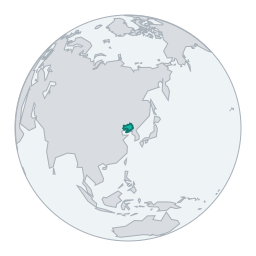 globe centered on Liaoning
{"feature_id": "CHN-1813", "entity_name": "Liaoning", "entity_type": "Province", "adm_level": 1, "iso_a3": "CHN", "parent_name": "China", "parent_adm1": "", "projection": "orthographic", "projection_center": [122.279, 41.097], "detail": "fine", "context": "on_globe", "style": "filled", "palette": "teal", "viewbox_px": 256, "rotation_deg": 0, "n_neighbors": 0, "source": "natural_earth", "source_scale": "10m", "svg_char_len": 13814}
<svg xmlns="http://www.w3.org/2000/svg" viewBox="0 0 256 256"><circle cx="128" cy="128" r="113" fill="#eef3f6" stroke="#a8b0b8"/><path d="M219.5,189.5L219.4,189.9L219.3,190.1L219.5,189.5ZM209.9,50.7L209.4,50.3L210.5,52.0L206.9,50.7L197.1,45.4L197.4,44.4L195.0,43.5L194.5,44.8L194.7,46.0L185.8,46.7L182.8,53.5L185.6,57.8L182.0,55.4L189.9,65.3L190.7,71.6L187.5,63.2L185.4,61.5L184.8,65.0L182.5,64.0L180.9,65.2L178.2,63.7L176.5,59.2L174.7,58.3L174.4,60.9L171.5,61.3L172.3,57.6L167.3,58.0L163.6,51.2L167.8,43.6L163.5,39.7L161.7,31.8L159.6,31.8L157.6,29.1L154.4,28.2L155.0,27.3L151.9,27.5L152.0,28.5L150.7,29.0L148.8,28.7L149.2,27.3L150.2,27.3L149.4,26.7L150.4,26.2L148.8,26.3L149.6,24.8L146.1,25.8L144.3,24.2L145.6,23.4L149.1,24.1L160.6,24.9L162.9,24.8L162.7,23.6L154.7,19.9L155.8,19.6L154.7,18.9L152.4,18.5L152.5,19.1L148.0,18.5L148.7,19.5L147.0,19.6L146.2,20.6L142.5,19.8L139.2,18.7L139.6,17.9L138.2,17.4L134.7,17.9L132.4,16.4L125.7,15.7L130.9,15.4L138.9,15.9L142.8,16.3L151.2,17.8L159.5,19.9L167.6,22.6L175.5,25.9L183.1,29.8L190.4,34.2L197.3,39.2L203.8,44.7L209.9,50.7ZM140.0,16.0L137.4,15.8L137.3,15.7L140.0,16.0ZM233.5,110.2L232.6,108.4L233.4,108.3L233.5,110.2ZM231.9,108.2L232.2,108.6L231.9,108.5L231.9,108.2ZM231.6,108.7L231.8,108.4L231.6,109.0L231.6,108.7ZM231.2,109.6L231.4,109.0L231.2,109.6ZM230.3,110.3L230.1,110.5L230.1,109.7L230.3,110.3ZM195.2,46.7L194.7,45.0L196.1,44.3L196.7,45.8L195.2,46.7ZM192.3,48.5L191.5,47.3L194.2,48.0L193.9,48.5L192.3,48.5ZM188.1,61.3L188.2,59.4L188.9,61.6L188.1,61.3ZM181.1,65.6L181.8,66.5L180.7,66.7L181.1,65.6ZM148.3,21.0L147.3,20.8L148.0,20.7L148.3,21.0ZM149.0,21.7L150.5,21.7L151.1,22.0L150.1,22.0L149.0,21.7ZM175.5,64.9L173.5,65.2L175.3,64.1L175.5,64.9ZM147.0,21.6L151.8,22.7L152.7,23.3L149.8,23.8L147.0,21.6ZM172.1,64.8L167.1,65.8L168.3,67.8L162.2,63.0L168.4,63.6L170.5,61.8L170.5,63.7L172.1,64.8ZM152.8,29.0L152.7,27.9L154.6,29.2L152.8,29.0ZM154.4,29.8L162.0,33.7L161.3,35.4L158.9,33.7L159.4,36.4L155.3,35.3L154.1,33.5L155.3,32.6L152.8,32.9L154.4,29.8ZM159.6,60.3L158.2,59.9L159.4,59.4L159.6,60.3ZM150.3,29.3L151.9,29.9L151.4,31.4L148.1,30.6L149.3,30.3L150.3,29.3ZM161.5,37.7L160.5,38.8L157.0,38.1L156.1,38.5L155.1,35.4L161.5,37.7ZM148.5,29.8L146.4,30.1L145.0,29.2L148.7,28.9L148.5,29.8ZM152.7,32.1L152.3,32.9L151.4,32.2L152.7,32.1ZM138.6,26.2L140.5,26.6L140.4,27.4L138.6,26.2ZM145.8,30.3L146.3,30.7L146.5,31.1L144.9,31.1L145.8,30.3ZM152.7,35.2L151.4,34.8L152.9,36.5L150.3,36.2L150.1,34.2L149.0,35.0L148.2,34.9L149.0,33.4L152.7,35.2ZM143.8,32.5L142.6,30.1L139.0,29.0L139.0,28.2L144.8,30.1L143.8,32.5ZM146.8,33.1L144.9,32.5L145.8,31.8L147.7,31.7L146.8,33.1ZM148.5,36.8L152.6,37.7L152.5,38.1L148.5,36.8ZM142.5,32.3L142.8,32.8L142.2,32.3L142.5,32.3ZM146.5,35.5L147.9,35.7L147.8,36.2L146.5,35.5ZM142.2,33.9L141.9,33.1L143.1,33.0L142.2,33.9ZM144.0,34.8L143.5,35.4L143.8,33.5L144.7,34.8L144.0,34.8ZM146.1,35.9L146.5,36.3L145.5,35.8L146.1,35.9ZM137.7,34.8L137.8,32.5L140.6,32.2L140.1,34.5L137.7,34.8ZM56.2,41.2L52.1,44.9L45.4,53.7L44.0,55.6L41.2,57.8L33.3,70.6L35.0,70.4L31.5,80.7L31.4,86.0L37.8,81.4L37.9,72.5L41.5,68.0L44.3,72.4L44.8,80.6L46.2,79.2L48.9,71.7L52.1,71.6L50.2,69.1L48.7,71.6L47.5,70.1L48.8,67.8L49.9,67.8L50.6,65.0L45.3,66.2L43.2,68.9L43.3,63.7L39.7,67.7L38.7,67.5L44.2,60.6L46.0,59.3L53.7,50.3L51.8,51.0L44.4,59.8L45.4,58.0L42.7,59.5L45.5,56.9L54.1,47.6L56.2,43.7L53.5,43.7L55.8,41.5L59.5,38.6L60.4,37.9L66.5,34.1L60.6,39.5L62.7,38.6L68.5,34.9L66.2,37.0L67.8,36.3L66.1,38.4L68.0,39.5L66.9,41.7L72.0,40.5L72.1,41.6L69.1,41.9L66.3,43.5L64.1,49.5L64.9,50.2L68.4,49.1L67.3,51.1L71.0,49.2L71.8,52.4L73.9,47.1L78.1,46.0L80.9,47.3L82.7,46.1L78.1,44.1L75.9,44.2L73.4,45.8L67.7,45.9L67.6,44.2L74.9,40.8L75.5,38.3L81.0,37.1L90.1,42.5L91.8,45.9L85.3,53.9L82.4,53.7L83.3,50.5L78.5,54.5L80.8,53.6L79.9,55.4L83.7,55.2L83.3,56.5L87.6,54.2L87.5,55.8L84.7,57.2L90.2,58.6L91.1,61.9L92.5,61.6L93.8,60.4L94.1,65.6L95.2,65.2L95.5,63.3L97.8,61.3L102.0,60.0L101.9,61.9L100.3,62.6L96.9,67.1L92.8,69.0L93.2,69.6L96.7,68.5L100.9,62.9L103.4,61.6L101.9,64.3L102.6,63.2L103.9,63.2L105.0,64.9L106.9,62.1L120.6,60.1L124.1,63.6L121.2,66.0L130.6,67.5L133.8,71.9L134.1,70.1L138.8,69.9L137.9,68.5L138.4,67.6L150.1,67.3L152.7,68.8L158.1,67.2L158.2,66.3L156.6,65.0L162.2,63.0L168.3,67.8L167.6,69.5L171.9,71.6L169.8,75.2L170.0,79.4L165.3,82.5L165.9,85.8L167.5,86.3L169.5,91.3L168.2,100.4L162.2,90.8L162.9,78.0L162.0,82.8L160.1,81.2L158.5,82.6L158.0,86.3L159.3,87.1L147.7,91.0L142.5,100.4L148.0,100.5L150.6,103.7L149.4,115.8L135.9,130.4L139.3,136.0L138.9,139.4L134.8,141.0L135.2,136.1L131.8,133.8L132.6,131.0L126.1,132.3L127.1,128.3L121.6,131.6L122.7,135.1L128.1,135.2L123.0,140.0L127.4,146.4L127.0,153.1L116.4,163.0L107.1,164.6L106.3,166.4L103.1,163.4L98.1,166.2L103.5,178.5L103.0,181.5L95.2,185.3L95.2,183.1L86.6,175.0L84.5,181.6L90.9,189.4L93.1,196.5L87.9,193.0L85.7,186.6L82.7,183.5L84.0,177.7L82.3,167.4L77.0,167.3L77.8,163.6L74.7,153.8L67.4,153.1L55.6,157.7L53.3,166.5L49.5,168.3L46.6,151.6L48.1,141.7L45.3,140.5L43.8,129.0L36.1,119.4L36.6,116.3L34.8,115.4L34.0,109.9L35.3,105.0L34.1,102.9L31.0,116.0L32.5,118.3L35.9,117.3L34.6,121.2L35.6,127.4L29.0,130.5L20.2,123.5L21.9,116.3L28.7,90.8L29.9,89.4L30.1,89.2L30.3,88.7L28.3,90.5L30.3,85.9L23.9,101.7L21.7,107.3L20.0,123.6L19.5,123.9L19.8,128.2L23.7,133.7L23.2,135.7L19.7,141.4L16.6,143.8L17.7,151.0L16.4,142.9L15.6,134.8L15.4,126.7L15.8,118.5L16.7,110.5L18.3,102.5L20.4,94.6L23.1,86.9L26.4,79.4L30.1,72.2L34.4,65.3L39.2,58.7L44.4,52.5L50.1,46.6L56.2,41.2ZM42.6,93.3L44.6,98.4L48.3,92.2L49.4,93.7L50.2,91.1L48.6,91.7L51.3,85.2L53.9,86.2L56.0,84.0L55.4,82.2L50.3,81.5L46.3,90.7L43.9,91.3L42.6,93.3ZM129.0,15.4L125.7,15.5L126.8,15.4L123.9,15.4L129.0,15.4ZM136.1,15.7L133.3,15.5L136.6,15.7L136.1,15.7ZM78.6,31.2L76.5,32.4L75.0,32.5L76.5,30.5L78.6,30.2L78.6,31.2ZM73.9,34.2L80.8,31.8L80.1,33.3L79.3,32.8L78.2,34.0L76.6,33.6L69.3,37.6L67.5,38.0L71.2,33.6L71.0,34.7L73.0,33.3L73.9,34.2ZM99.4,25.5L102.4,25.2L97.2,28.6L95.0,28.6L96.3,26.4L99.7,25.1L99.4,25.5ZM141.0,22.5L142.5,22.6L142.3,22.9L141.0,23.1L141.0,22.5ZM139.5,26.3L134.4,22.7L135.9,22.5L131.2,20.9L133.1,20.0L136.1,21.0L134.1,19.2L137.6,19.7L135.8,18.6L142.2,21.0L145.2,21.6L141.1,21.3L139.2,22.1L139.3,22.6L141.8,24.7L147.4,26.7L146.5,28.1L144.3,28.6L142.8,28.3L143.9,27.4L141.1,27.7L141.6,26.3L139.5,26.3ZM119.4,36.3L121.3,34.9L115.8,36.2L116.3,34.4L115.6,34.6L114.5,33.4L112.0,32.4L112.7,31.6L111.4,31.6L110.6,30.8L109.1,30.6L109.8,29.1L108.0,28.7L109.4,28.3L106.1,28.1L108.9,27.6L108.2,26.7L105.8,27.6L113.6,21.5L114.7,19.7L114.1,18.7L119.0,18.3L122.7,19.2L125.1,21.1L123.4,23.0L125.9,22.7L125.8,23.5L123.9,23.5L126.8,24.1L126.2,24.9L128.4,27.3L133.1,28.1L134.0,29.1L131.9,29.2L134.3,30.2L130.9,31.1L131.5,31.9L128.7,33.7L124.3,33.6L125.3,34.5L123.2,36.1L119.4,36.3ZM136.9,35.3L131.5,35.3L129.0,34.3L134.9,31.6L134.8,30.8L138.4,29.3L141.9,30.7L140.5,31.0L140.0,31.6L139.1,30.9L139.4,32.0L137.6,32.4L137.3,33.4L135.6,33.1L136.9,35.3ZM44.6,55.9L43.9,57.2L43.3,58.7L41.6,59.8L44.6,55.9ZM50.4,49.5L50.0,50.2L47.4,52.3L48.1,51.2L50.4,49.5ZM52.1,49.0L50.2,50.1L51.7,48.9L52.1,49.0ZM69.0,42.6L68.9,43.5L68.1,43.9L67.1,43.9L69.0,42.6ZM103.2,40.9L104.7,40.0L105.2,40.3L109.2,39.5L109.2,41.0L106.8,42.0L103.2,40.9ZM36.6,80.9L35.3,80.6L35.8,79.2L36.2,79.5L36.6,80.9ZM37.6,69.5L36.3,72.8L37.1,69.8L37.6,69.5ZM103.9,42.4L105.5,41.9L104.5,43.0L103.9,42.4ZM109.4,42.1L108.6,43.3L109.7,41.1L109.4,42.1ZM22.6,167.6L22.9,168.4L22.6,166.8L24.8,172.6L25.9,175.7L22.6,167.6ZM121.6,215.0L125.1,215.6L125.0,215.9L121.6,215.0ZM117.9,213.4L121.9,213.9L117.3,214.1L117.9,213.4ZM123.4,214.1L127.5,213.7L129.2,213.3L128.9,214.0L123.4,214.1ZM115.2,213.1L101.0,210.7L95.5,208.5L96.7,207.4L105.6,209.6L115.2,213.1ZM96.2,207.3L87.9,201.2L77.1,185.6L81.0,187.2L92.4,198.1L91.6,199.1L96.7,203.5L96.2,207.3ZM116.8,203.9L116.0,207.4L108.1,205.9L104.5,204.7L102.0,199.4L103.4,197.2L106.3,197.9L118.0,191.0L121.9,193.6L118.3,196.9L121.6,200.6L116.8,203.9ZM53.5,167.6L55.1,174.2L53.1,174.0L53.5,167.6ZM123.0,185.2L118.1,188.6L122.7,183.8L123.0,185.2ZM125.9,180.3L126.0,182.4L124.3,180.2L125.9,180.3ZM105.9,169.4L102.8,169.3L102.9,167.7L106.9,167.0L105.9,169.4ZM126.6,158.7L126.0,163.4L125.2,164.9L124.1,161.9L126.6,158.7ZM106.3,55.9L100.7,55.1L96.6,55.9L94.4,58.3L95.2,54.8L101.4,53.5L106.3,55.9ZM118.9,59.3L120.8,57.4L121.6,58.6L121.2,59.2L118.9,59.3ZM118.9,57.9L118.2,55.0L120.4,54.2L120.5,56.6L118.9,57.9ZM110.8,48.2L109.2,47.8L110.0,46.9L110.8,48.2ZM160.9,235.6L160.6,235.2L165.3,233.9L163.5,234.8L160.9,235.6ZM199.6,215.0L199.9,214.7L199.6,215.0ZM143.1,234.7L121.2,237.2L116.2,236.5L117.2,235.5L112.3,231.0L113.9,231.3L112.5,228.1L125.4,226.3L134.5,220.5L141.9,220.9L147.3,215.9L155.1,215.7L152.9,219.6L161.0,220.9L166.3,212.0L171.5,219.5L177.6,220.5L179.6,223.8L169.6,231.6L163.6,234.0L162.4,234.0L159.9,234.9L156.0,235.6L153.5,234.7L151.1,235.5L153.3,234.0L149.9,235.6L147.7,234.8L143.1,234.7ZM198.4,209.1L199.6,208.6L201.6,208.6L199.6,209.5L198.4,209.1ZM216.5,193.5L217.0,193.5L215.8,194.7L216.5,193.5ZM219.3,190.1L217.8,191.6L219.5,189.5L219.3,190.1ZM204.5,201.7L205.1,201.8L204.6,202.2L204.5,201.7ZM204.0,201.8L204.7,200.6L204.6,201.4L204.0,201.8ZM198.3,200.1L199.0,199.3L199.3,199.6L198.3,200.1ZM130.3,215.9L135.1,213.5L137.8,213.4L130.3,215.9ZM197.2,199.6L195.4,200.2L195.6,199.7L197.2,199.6ZM197.3,198.4L197.1,197.8L198.2,198.9L197.3,198.4ZM193.8,198.2L196.0,198.6L193.5,198.4L193.8,198.2ZM192.5,198.8L190.9,198.8L191.0,198.5L192.5,198.8ZM174.7,204.7L180.7,207.6L176.0,208.6L170.7,207.1L166.7,210.3L157.5,211.1L159.5,209.3L158.2,207.0L148.9,206.7L147.0,205.1L150.3,203.8L144.1,202.7L150.9,201.7L153.6,205.0L157.4,202.0L164.1,201.9L170.7,202.1L176.0,203.5L174.7,204.7ZM151.0,209.1L152.1,209.1L151.1,210.1L151.0,209.1ZM187.8,198.0L190.2,198.8L189.9,199.3L188.8,199.4L187.8,198.0ZM177.2,202.7L182.9,198.6L184.3,198.3L180.5,202.3L177.2,202.7ZM181.5,197.1L184.2,196.8L185.6,198.0L185.1,198.6L181.5,197.1ZM137.3,206.3L137.0,207.3L135.3,206.5L137.3,206.3ZM139.5,205.8L144.7,206.8L139.0,206.6L139.5,205.8ZM123.9,201.6L125.4,204.1L130.1,202.9L126.5,204.8L129.7,208.7L128.7,210.0L125.4,205.8L124.4,209.8L122.3,209.6L121.1,206.0L123.2,201.7L125.3,200.1L133.8,199.8L123.9,201.6ZM139.4,203.0L138.1,200.2L139.1,198.4L140.6,199.9L139.4,203.0ZM134.1,193.3L130.6,189.8L127.3,190.8L134.1,186.5L136.3,190.6L134.1,193.3ZM131.3,185.7L128.2,186.7L131.5,184.1L131.3,185.7ZM127.5,185.4L127.2,183.0L129.6,183.5L127.5,185.4ZM132.9,185.9L133.7,181.8L134.8,184.3L132.9,185.9ZM126.5,177.3L131.5,181.8L124.9,179.5L125.1,171.2L127.9,171.3L126.5,177.3ZM145.7,143.3L145.2,140.7L148.0,140.2L147.5,142.1L145.7,143.3ZM156.4,136.7L148.5,139.2L142.2,141.4L143.9,142.7L142.1,147.0L139.7,142.8L144.5,138.1L149.2,137.3L150.3,133.6L154.1,131.1L153.9,126.4L155.6,124.4L157.3,128.4L156.4,136.7ZM153.6,124.5L154.6,116.2L159.5,117.3L160.4,119.4L157.9,122.6L155.4,121.8L153.6,124.5ZM156.3,114.6L153.9,113.8L150.4,101.7L150.8,99.4L156.1,108.9L154.2,108.7L154.2,111.7L156.3,114.6ZM158.4,60.9L158.2,60.0L159.3,60.8L158.4,60.9ZM137.7,66.9L138.6,65.8L139.8,66.7L137.7,66.9ZM141.6,63.5L139.7,63.3L141.8,62.7L141.6,63.5ZM135.2,63.0L138.9,62.8L135.3,64.1L135.2,63.0Z" fill="#d9dde1" stroke="#a8b0b8" stroke-width="1"/><path d="M133.1,128.4L133.0,128.5L132.9,128.5L132.7,128.7L132.7,128.8L132.4,128.9L132.1,129.0L131.9,129.1L131.8,129.3L131.7,129.4L131.6,129.5L131.4,129.6L131.1,129.9L131.1,130.1L131.0,130.3L130.8,130.5L130.7,130.4L130.7,130.5L130.5,130.4L130.4,130.5L130.2,130.5L130.1,130.4L130.0,130.6L129.9,130.6L129.7,130.7L129.4,130.5L129.5,130.6L129.4,130.6L129.5,130.7L129.4,130.8L129.2,130.8L128.9,130.9L128.8,131.0L128.6,131.1L128.4,131.2L128.3,131.3L128.2,131.3L128.0,131.5L127.9,131.6L127.7,131.8L127.8,131.8L127.6,131.9L127.6,132.0L127.4,132.0L127.5,132.1L127.3,132.0L127.2,132.1L126.9,132.2L127.1,132.3L126.9,132.4L126.8,132.5L126.6,132.5L126.4,132.5L126.2,132.6L126.3,132.5L126.2,132.4L126.3,132.3L126.2,132.3L126.2,132.2L126.3,132.2L126.5,132.2L126.8,132.1L127.1,131.9L127.0,131.7L127.2,131.4L127.3,131.4L127.5,131.3L127.3,131.4L127.1,131.3L126.9,131.4L126.8,131.2L126.7,131.1L126.4,131.1L126.5,130.9L126.8,130.9L126.8,130.6L126.9,130.4L127.0,130.4L127.3,130.2L127.5,130.0L127.6,129.9L127.7,129.7L127.9,129.4L128.0,129.3L128.0,129.2L127.9,129.0L127.8,128.9L127.7,128.7L127.4,128.5L127.3,128.3L127.4,128.2L127.3,128.3L127.2,128.5L126.9,128.4L126.7,128.4L126.4,128.3L126.2,128.4L126.2,128.5L126.0,128.8L125.8,128.8L125.8,129.0L125.6,129.1L125.5,129.3L125.4,129.3L125.5,129.4L125.3,129.5L125.2,129.7L125.0,129.8L124.5,130.0L124.4,130.0L124.2,130.0L124.2,129.9L124.2,129.7L124.0,129.4L124.0,129.2L123.9,129.0L123.5,129.0L123.4,128.9L123.4,128.7L123.3,128.8L123.2,128.8L122.9,128.4L123.0,128.2L123.2,127.9L123.4,127.8L123.5,127.7L123.7,127.4L123.7,127.2L123.7,126.9L123.6,126.6L123.7,126.4L123.7,126.2L123.8,126.1L123.7,125.9L123.6,125.7L123.9,125.5L124.0,125.4L124.1,125.5L124.4,125.8L124.5,125.8L124.4,125.9L124.5,126.0L124.6,126.4L124.7,126.5L124.8,126.8L124.8,126.7L125.0,126.4L125.3,126.1L125.4,125.9L125.6,125.9L125.8,125.8L126.0,125.6L126.7,125.2L126.9,125.2L127.0,125.2L127.1,125.3L127.4,125.2L127.5,124.9L127.9,124.9L128.0,125.0L128.2,124.9L128.1,124.6L128.3,124.6L128.7,124.8L128.9,124.8L129.0,124.7L129.3,124.4L129.5,124.2L129.9,124.1L130.0,123.9L130.0,123.6L130.0,123.4L130.5,123.6L130.8,123.7L130.9,123.8L131.1,124.0L131.0,124.3L131.1,124.5L131.4,124.3L131.4,124.2L131.5,124.1L131.7,124.5L131.8,124.6L131.9,124.9L132.0,125.0L132.3,125.4L132.2,125.4L132.2,125.5L132.4,125.6L132.4,125.8L132.5,125.8L132.6,126.0L132.4,126.2L132.4,126.3L132.4,126.5L132.5,126.6L132.4,126.8L132.5,126.8L132.8,127.3L133.0,127.4L133.0,127.5L133.2,127.8L133.1,128.1L132.9,128.3L133.1,128.3L133.1,128.4ZM126.7,131.2L126.7,131.3L126.6,131.2L126.5,131.3L126.5,131.2L126.7,131.2ZM128.6,131.6L128.4,131.6L128.6,131.6L128.6,131.6ZM128.1,131.8L128.1,131.7L128.2,131.8L128.1,131.8ZM129.4,131.9L129.4,132.0L129.4,131.9Z" fill="#14b8a6" stroke="#0f766e" stroke-width="1.5"/></svg>